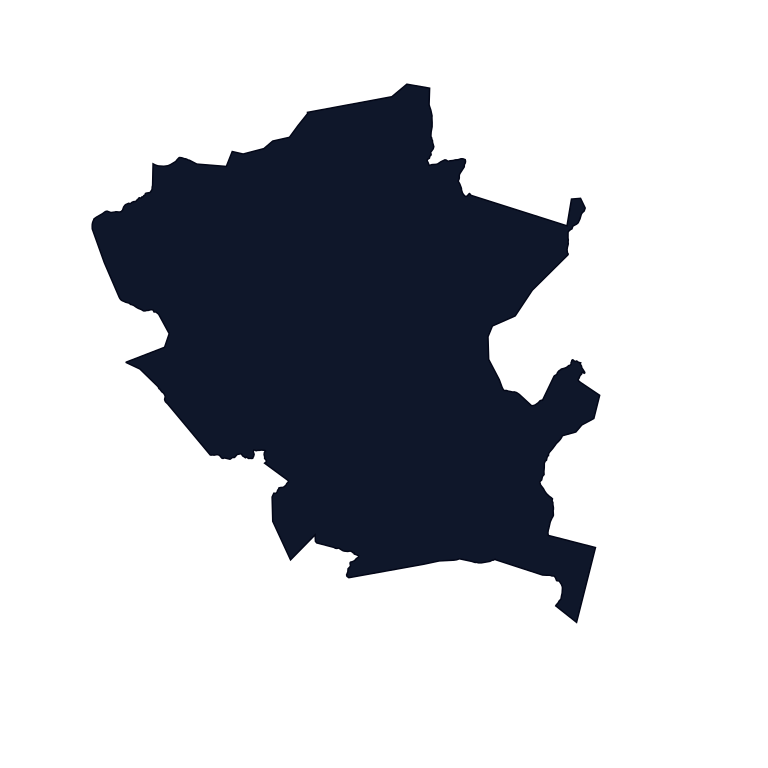 outline of Distrito Central, Francisco Morazán, Honduras, rotated 344°
{"feature_id": "27666195B1179860840093", "entity_name": "Distrito Central", "entity_type": "district", "adm_level": 2, "iso_a3": "HND", "parent_name": "Honduras", "parent_adm1": "Francisco Morazán", "projection": "robinson", "projection_center": [-87.243, 14.133], "detail": "fine", "context": "isolated", "style": "filled", "palette": "ink", "viewbox_px": 768, "rotation_deg": 344, "n_neighbors": 0, "source": "geoboundaries", "source_scale": "gbopen_adm2", "svg_char_len": 6171}
<svg xmlns="http://www.w3.org/2000/svg" viewBox="0 0 768 768"><g transform="rotate(344 384 384)"><path d="M142.1,292.3L153.5,302.3L166.2,324.5L166.2,325.3L166.5,326.6L167.0,327.0L168.3,330.3L169.6,332.0L170.0,333.4L170.3,334.9L170.1,336.1L168.9,338.2L168.8,339.0L169.0,340.8L170.6,343.6L197.4,404.3L198.2,404.7L199.5,404.9L201.2,405.6L203.6,405.8L204.9,406.2L206.2,407.2L207.6,410.4L208.0,410.8L208.8,411.2L209.9,411.1L210.5,411.2L215.1,413.8L215.7,413.8L217.8,412.9L218.6,413.0L219.4,413.3L220.1,413.4L223.4,411.3L227.1,411.6L227.7,412.2L228.3,414.2L229.7,415.7L230.4,416.7L230.9,416.6L231.3,416.3L231.7,416.3L233.2,418.2L235.2,418.7L236.5,419.2L237.1,419.2L237.6,419.0L237.8,418.4L238.5,417.9L239.6,416.2L239.8,415.5L239.7,413.9L239.8,412.9L240.3,412.0L240.8,411.5L241.3,411.7L242.6,412.9L244.5,413.0L245.7,413.4L248.0,413.7L251.0,414.9L251.6,415.4L251.5,416.0L250.7,416.3L250.0,417.1L249.2,419.1L249.3,419.8L249.1,421.6L248.7,422.6L249.5,424.4L249.7,425.2L249.6,425.8L249.1,426.5L247.4,427.2L265.0,450.0L265.2,450.6L265.2,451.2L264.8,452.1L263.9,452.4L263.1,452.9L261.8,454.3L259.2,455.4L258.3,455.5L256.2,455.0L254.4,454.9L253.7,455.9L252.5,456.8L251.6,458.2L250.6,459.1L249.7,459.2L248.0,458.6L245.3,461.8L239.2,485.3L245.7,527.3L276.2,510.0L274.7,516.3L275.5,518.2L290.7,527.2L292.0,528.5L293.4,529.1L295.2,529.2L298.3,532.7L299.6,533.6L303.0,535.0L305.2,535.2L306.1,535.6L306.9,536.4L307.9,537.9L308.9,538.0L308.9,538.3L308.5,539.1L308.6,539.3L310.5,540.6L312.2,542.2L311.7,543.5L309.4,544.1L307.0,545.7L304.6,546.1L302.7,546.0L302.3,546.3L301.9,547.2L301.7,549.2L301.5,549.7L300.9,550.3L298.5,551.7L297.5,554.5L295.4,557.2L295.4,558.7L296.8,560.5L372.5,568.2L388.4,569.3L402.5,572.6L405.4,573.0L408.3,572.8L419.6,578.8L421.9,580.4L422.8,580.8L423.7,580.9L425.4,581.9L428.5,582.8L436.9,583.7L439.5,583.2L440.8,583.5L441.9,583.1L442.6,583.1L443.0,583.8L483.7,611.3L487.4,612.6L490.5,613.5L491.8,614.2L492.6,614.9L493.9,615.1L494.8,615.9L495.4,617.4L495.7,620.5L496.0,620.8L497.8,621.5L498.2,622.0L499.3,625.5L499.5,627.9L499.3,629.2L497.6,634.1L496.1,636.8L495.0,639.2L494.4,639.8L492.7,640.7L491.1,642.3L488.6,643.9L487.9,644.6L503.4,666.2L542.2,599.5L500.3,574.9L500.3,573.7L500.6,572.1L501.7,569.6L502.5,568.4L505.8,562.4L508.4,559.3L509.9,557.9L510.7,556.8L511.7,552.3L512.3,551.2L512.8,549.5L513.1,546.6L513.7,544.3L513.3,542.8L514.3,540.8L513.4,539.3L512.0,537.6L510.0,534.2L509.0,531.4L508.4,528.5L506.7,524.2L506.7,521.1L507.0,520.8L509.1,519.7L510.8,516.6L512.9,515.2L513.6,512.2L515.0,508.6L516.3,504.3L517.9,502.4L518.9,502.2L519.2,502.0L520.4,499.6L522.0,498.0L522.4,498.1L523.0,496.4L524.1,495.3L528.4,492.5L533.3,488.7L536.6,486.9L538.4,485.7L540.1,484.2L541.2,482.9L555.2,483.0L562.9,477.9L576.2,475.0L588.2,454.3L573.2,436.5L571.8,434.3L571.7,433.6L571.9,433.1L572.9,432.4L574.7,430.0L576.7,428.9L577.6,427.5L578.0,427.4L578.5,427.5L578.8,428.2L579.4,428.9L580.0,428.7L580.2,428.1L579.4,425.3L578.6,422.9L578.8,421.2L578.2,419.0L578.5,418.3L578.9,417.9L578.0,417.3L576.9,416.8L576.1,415.5L575.3,414.9L574.0,415.1L573.7,415.0L572.3,412.9L571.9,412.7L571.5,412.8L571.0,413.2L570.5,414.2L569.8,414.9L569.3,416.4L568.7,417.0L567.7,417.3L566.7,417.2L564.7,418.1L563.7,418.4L561.6,418.6L558.5,418.5L557.8,419.0L555.9,419.5L554.1,420.7L552.6,422.5L550.4,423.0L549.7,423.3L531.8,443.4L531.1,443.0L529.4,443.1L527.2,444.5L523.6,445.8L521.7,445.9L519.9,445.6L511.2,431.3L509.1,428.8L507.1,427.5L505.5,427.2L503.6,426.1L501.5,425.1L500.0,424.0L497.7,423.4L497.1,422.2L496.6,419.8L496.0,411.6L491.4,389.2L497.0,367.2L504.2,358.1L528.9,354.7L552.4,334.7L596.5,310.5L596.9,309.8L596.5,308.5L597.0,305.3L598.1,302.9L599.1,301.3L599.8,300.0L600.1,298.2L600.9,296.3L601.1,294.5L602.7,289.0L603.3,288.3L604.3,287.7L606.1,286.9L607.4,286.7L608.8,284.7L609.4,284.2L613.2,283.4L615.0,282.6L617.9,279.3L620.4,275.3L621.7,274.1L624.1,272.9L625.9,270.3L624.1,259.7L615.2,257.9L603.5,282.4L519.6,226.6L519.2,225.4L518.7,224.5L518.2,224.6L516.2,225.9L515.3,226.3L514.3,226.3L513.7,225.8L512.6,223.7L512.1,221.9L512.0,218.8L512.3,217.6L512.3,216.3L512.0,212.8L511.6,210.9L511.3,209.9L511.3,209.3L512.8,207.5L513.4,206.0L513.7,204.6L514.7,202.9L521.0,197.4L521.7,195.3L523.1,193.9L523.8,192.3L523.9,190.7L522.0,189.3L520.2,188.7L517.1,188.8L514.2,188.2L512.1,188.2L508.9,187.6L507.2,187.6L506.7,187.3L505.4,185.8L504.3,185.3L500.1,186.0L496.0,187.3L494.1,187.1L490.6,186.3L487.9,186.4L487.6,185.8L487.5,183.8L487.1,181.6L487.2,180.8L487.6,180.3L488.3,179.9L489.8,179.5L490.2,179.1L490.3,178.4L490.6,177.9L492.3,176.9L492.7,176.0L492.5,174.9L492.7,174.2L496.1,171.5L497.3,169.6L497.3,165.2L497.7,163.3L497.3,161.4L497.6,161.1L497.7,160.7L497.3,159.8L497.6,158.1L498.8,154.7L501.1,150.1L502.3,146.1L503.5,141.1L504.1,139.5L504.5,133.6L504.3,129.4L504.4,127.7L509.4,112.2L488.6,102.1L470.7,110.0L385.3,101.8L385.1,103.0L372.7,111.8L361.1,120.8L344.0,119.8L333.4,124.6L312.0,124.1L302.2,118.7L292.4,131.4L264.7,121.0L258.6,115.2L258.0,115.1L256.2,113.4L255.1,112.7L254.4,112.5L252.0,110.8L250.1,110.0L249.6,109.9L248.9,110.2L246.6,111.6L245.6,112.4L244.7,112.8L239.5,114.2L237.6,114.5L236.3,114.6L232.3,114.0L227.3,112.2L225.9,111.4L224.3,110.2L222.7,108.7L216.3,129.3L215.5,130.7L214.7,133.0L212.3,135.2L211.6,135.4L208.1,135.0L207.2,135.1L206.4,136.4L205.1,136.7L203.8,137.7L202.9,137.4L202.2,138.1L201.7,138.3L201.3,138.2L200.5,137.6L199.7,137.6L199.2,137.9L198.7,138.5L198.2,138.7L197.7,138.7L197.2,139.2L195.6,140.1L193.8,139.7L192.4,139.8L191.8,139.9L190.1,140.7L189.5,140.6L188.4,139.9L185.3,140.3L184.3,140.7L182.5,142.1L180.6,144.8L178.9,145.8L177.1,145.8L173.8,144.5L172.7,144.5L168.7,143.9L165.6,141.6L164.5,141.4L163.5,141.5L160.3,142.7L153.7,144.3L150.9,145.3L150.5,145.6L150.2,146.3L149.4,147.1L148.5,148.3L147.6,150.0L147.0,151.8L146.3,154.5L148.6,190.3L153.4,227.8L153.8,229.4L154.6,231.0L155.6,232.0L156.8,232.9L158.1,234.1L161.1,235.9L162.5,237.8L163.1,238.0L165.0,239.4L167.1,242.0L168.8,243.7L171.2,245.5L172.9,247.4L174.5,247.9L176.1,247.9L177.6,248.3L180.2,248.3L181.6,248.7L182.1,249.0L182.4,249.4L182.8,251.4L184.4,251.8L184.8,252.2L186.6,254.8L191.4,276.4L183.2,288.2L142.3,291.9L142.1,292.3Z" fill="#0f172a" stroke="#020617" stroke-width="1.5"/></g></svg>